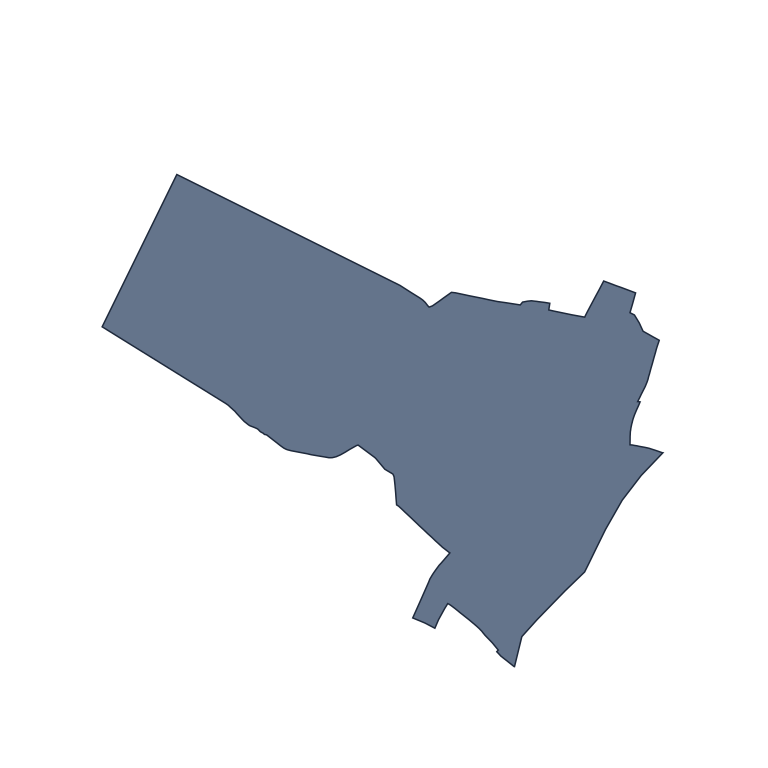 the district of Al Tibbin, Al Qahirah, Egypt, rotated 207°
{"feature_id": "37247803B18410334160069", "entity_name": "Al Tibbin", "entity_type": "district", "adm_level": 2, "iso_a3": "EGY", "parent_name": "Egypt", "parent_adm1": "Al Qahirah", "projection": "robinson", "projection_center": [31.32, 29.779], "detail": "fine", "context": "isolated", "style": "filled", "palette": "slate", "viewbox_px": 768, "rotation_deg": 207, "n_neighbors": 0, "source": "geoboundaries", "source_scale": "gbopen_adm2", "svg_char_len": 3279}
<svg xmlns="http://www.w3.org/2000/svg" viewBox="0 0 768 768"><g transform="rotate(207 384 384)"><path d="M467.7,284.8L465.6,285.4L463.5,285.0L456.8,283.7L448.1,282.0L444.1,281.4L441.6,281.4L440.8,281.5L440.0,281.6L436.4,282.4L433.0,283.4L427.8,284.9L420.7,287.0L416.9,287.9L408.6,290.5L403.6,292.1L399.6,293.3L396.6,294.9L393.6,297.5L390.7,301.0L387.5,305.8L384.9,310.1L380.5,316.7L379.9,317.3L379.3,317.8L358.7,314.3L358.2,314.1L357.7,314.0L344.5,308.4L335.3,307.8L334.8,307.5L334.3,307.1L332.9,305.9L328.5,299.2L324.0,292.0L321.3,287.5L317.9,282.0L315.6,281.8L310.3,280.3L307.1,279.3L301.1,277.6L292.7,275.1L287.8,273.6L283.1,272.3L277.1,270.5L271.8,269.1L267.3,267.7L261.4,266.1L260.8,265.9L260.2,265.8L257.9,265.1L254.1,264.4L252.0,264.0L250.0,263.6L248.6,263.4L248.7,263.0L249.9,258.0L251.7,250.6L252.6,247.5L253.6,241.3L254.1,237.7L254.3,235.6L254.6,231.0L254.3,228.2L253.9,221.1L253.1,206.6L252.2,188.6L239.2,189.6L227.8,189.5L228.4,198.7L228.0,211.3L227.6,216.2L227.6,216.7L227.5,217.3L225.7,217.3L223.4,217.0L218.9,216.2L212.0,214.7L201.0,212.5L191.6,210.3L188.0,209.3L186.1,208.6L185.4,208.4L184.8,208.2L182.5,207.1L180.6,206.3L180.0,206.0L179.4,205.8L170.1,202.6L161.4,198.8L162.0,196.7L161.3,196.4L160.6,196.2L156.3,194.6L139.8,191.3L139.6,191.3L139.4,191.4L146.5,221.5L140.5,243.9L131.1,274.3L128.7,282.0L119.9,307.6L120.0,318.1L120.3,333.9L120.6,355.0L119.0,388.6L114.9,410.7L113.3,419.3L104.3,449.3L104.6,449.2L104.8,449.2L105.0,449.1L110.2,448.4L112.9,448.0L115.9,447.5L118.5,447.1L120.9,446.5L123.1,445.9L125.4,445.2L128.4,444.3L130.8,443.7L132.8,443.0L135.0,442.4L137.2,441.5L139.5,446.2L139.9,447.0L140.2,447.6L141.0,449.2L141.6,450.6L142.1,451.7L142.6,452.8L143.0,453.8L143.3,454.9L143.8,456.2L144.1,457.2L144.4,458.2L144.7,459.4L145.1,460.8L145.4,462.4L145.8,463.9L146.1,465.4L146.3,466.6L146.5,468.1L146.8,470.3L147.2,475.7L147.4,480.5L147.6,483.2L147.7,483.8L147.7,484.3L149.8,483.6L150.0,483.5L150.0,488.5L150.1,491.7L150.1,495.7L150.1,500.4L150.3,502.7L150.5,505.2L150.9,508.0L151.6,510.9L152.0,513.3L153.2,518.9L154.2,524.2L155.4,530.0L156.5,535.7L157.1,538.4L157.7,541.9L158.0,544.0L158.4,546.8L158.5,547.4L158.6,547.9L163.8,548.1L164.9,548.1L169.1,548.3L176.3,548.6L177.2,548.7L184.3,554.3L192.2,559.2L197.2,559.2L198.9,568.2L201.2,579.4L216.5,577.7L221.5,577.0L235.0,575.5L235.1,565.7L235.3,558.1L235.6,541.4L235.6,536.3L235.5,534.7L247.8,531.0L265.7,526.1L270.8,524.8L272.9,531.2L277.4,529.8L283.7,527.5L285.3,527.0L287.1,526.3L290.4,525.1L293.8,522.9L297.7,519.9L298.5,516.3L312.5,511.7L320.3,509.0L329.7,506.4L334.4,505.2L348.6,501.2L352.8,500.1L361.7,497.7L365.5,496.3L370.1,487.5L372.2,483.3L376.3,475.6L378.7,473.0L380.5,473.6L384.3,475.4L387.6,476.4L390.8,476.9L401.3,477.8L414.5,479.1L663.7,476.6L661.1,307.0L572.2,299.5L565.0,298.9L516.1,294.8L514.7,294.6L514.0,294.5L513.3,294.4L511.8,294.0L511.4,293.9L510.9,293.7L509.4,293.3L507.4,292.8L507.2,292.7L504.8,292.1L504.5,292.0L504.4,292.0L504.3,291.9L501.6,290.8L494.8,288.3L491.3,287.1L490.7,287.0L490.1,286.9L488.7,286.6L486.3,286.1L484.8,285.9L484.3,286.0L483.7,286.0L481.1,286.3L478.9,286.5L478.7,286.5L476.4,286.6L475.6,286.4L474.9,286.2L474.3,286.0L473.6,285.7L472.5,285.4L472.4,285.4L471.7,285.3L469.3,285.3L467.7,284.8Z" fill="#64748b" stroke="#1e293b" stroke-width="1.5"/></g></svg>